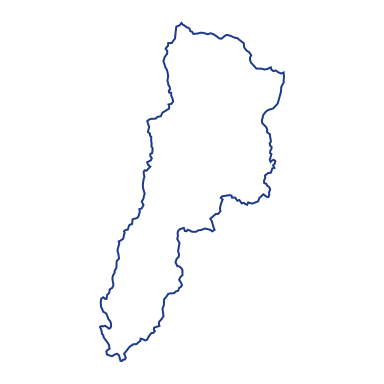 Candiota, Rio Grande do Sul, Brazil (Natural Earth projection)
{"feature_id": "56859067B24867666678469", "entity_name": "Candiota", "entity_type": "district", "adm_level": 2, "iso_a3": "BRA", "parent_name": "Brazil", "parent_adm1": "Rio Grande do Sul", "projection": "natural_earth1", "projection_center": [-53.764, -31.586], "detail": "fine", "context": "isolated", "style": "outline", "palette": "blue", "viewbox_px": 384, "rotation_deg": 0, "n_neighbors": 0, "source": "geoboundaries", "source_scale": "gbopen_adm2", "svg_char_len": 4299}
<svg xmlns="http://www.w3.org/2000/svg" viewBox="0 0 384 384"><path d="M107.0,354.5L110.1,355.7L112.2,356.1L114.6,354.6L117.0,353.7L119.1,355.4L119.9,358.7L120.5,360.8L122.0,361.0L123.0,359.6L124.9,359.5L125.8,357.8L124.1,353.7L127.6,349.5L128.6,347.9L130.4,346.2L133.3,344.3L136.5,344.1L138.2,342.5L140.4,340.8L140.6,338.7L142.2,338.9L145.1,340.4L147.0,339.8L148.3,337.3L149.7,335.2L151.3,333.1L153.1,333.0L154.9,331.2L153.9,329.9L154.1,327.7L157.5,326.5L159.4,326.0L158.9,323.5L159.2,321.7L161.7,319.0L163.5,316.1L162.5,308.7L163.9,305.1L164.1,299.2L166.4,296.7L168.2,293.9L170.0,293.4L174.1,293.2L175.8,291.5L178.2,290.7L179.3,287.8L180.7,287.1L182.0,285.1L181.3,283.2L179.1,279.7L180.6,276.8L182.5,275.1L182.4,272.2L182.5,270.5L181.7,268.6L180.3,267.2L178.8,266.3L177.4,266.2L175.5,262.3L176.5,259.1L178.6,256.9L179.1,254.3L178.1,251.4L178.9,246.2L179.5,243.1L177.2,238.8L178.0,235.8L177.6,233.4L177.9,231.4L179.7,229.2L181.3,228.7L183.8,227.9L184.9,231.0L186.5,231.2L187.7,229.8L189.8,230.5L191.9,231.7L193.6,231.8L195.8,231.8L198.3,230.4L201.2,230.0L205.0,228.5L207.1,229.0L210.1,229.8L212.4,231.4L214.6,229.7L213.8,228.1L211.8,221.1L210.3,218.7L215.9,213.9L218.0,214.0L220.4,211.3L220.0,208.4L220.3,206.5L221.2,203.0L222.7,199.5L220.8,197.9L221.9,196.4L225.3,195.8L229.6,195.1L231.5,195.7L232.1,197.7L235.0,197.5L237.4,200.8L239.3,200.0L241.7,203.4L243.6,202.8L245.2,203.9L247.2,204.8L248.2,202.4L251.1,203.4L252.7,203.5L258.2,201.3L259.3,198.1L263.4,194.3L266.5,196.7L268.4,197.1L269.3,194.9L269.0,192.6L270.2,189.3L269.1,187.0L267.2,185.7L266.4,183.9L264.2,183.1L264.0,180.7L265.2,178.0L265.0,175.5L268.0,173.1L271.0,172.6L272.3,168.4L274.4,167.9L273.1,165.3L274.7,163.7L275.3,161.0L273.6,159.8L271.9,160.6L270.6,161.9L269.8,159.8L271.4,154.1L270.1,153.1L270.2,150.9L271.5,148.7L271.5,146.7L270.2,145.8L269.6,143.6L270.9,141.7L270.6,139.1L270.1,137.0L269.8,134.2L267.1,132.3L267.1,129.3L266.2,127.1L265.0,125.9L262.3,123.2L261.9,120.4L263.4,114.8L265.8,111.7L268.0,110.1L273.2,108.4L277.7,103.6L280.9,92.0L281.3,86.8L283.8,82.2L283.6,80.3L284.0,77.1L283.6,72.5L281.2,73.5L278.4,72.4L275.8,70.5L273.3,71.1L271.4,69.6L270.8,67.3L267.3,69.0L264.5,69.5L261.7,68.7L256.4,68.6L251.1,62.7L249.9,59.8L250.1,57.4L251.2,55.2L249.2,52.3L246.8,50.7L245.0,48.7L244.0,46.7L243.8,43.3L238.9,39.5L237.5,38.2L234.1,37.5L230.7,35.9L227.2,34.9L225.7,35.3L221.4,38.7L219.2,38.4L217.3,36.8L213.8,34.4L210.5,33.2L207.7,34.3L203.5,32.9L200.9,32.7L197.2,33.6L193.4,33.9L192.1,31.8L190.3,31.1L189.4,28.5L188.0,27.6L186.5,27.2L184.6,25.6L182.9,24.7L181.4,23.0L179.8,25.2L176.3,26.7L175.9,29.7L175.0,38.5L171.7,43.0L168.2,43.1L168.1,45.6L165.6,48.6L167.3,51.1L167.1,53.8L164.6,57.1L164.1,59.1L163.4,60.9L165.5,67.6L166.9,69.8L167.5,72.2L168.2,76.2L167.4,80.8L168.1,82.7L168.3,84.8L169.7,86.9L170.0,89.7L168.8,90.6L169.2,92.6L171.1,92.8L171.3,95.9L172.6,98.9L173.2,101.3L171.5,103.8L168.5,104.5L169.2,106.6L169.1,108.6L167.5,109.6L162.5,112.6L160.8,116.2L157.4,116.9L155.8,118.6L151.2,118.9L149.0,119.6L147.3,121.0L147.8,123.1L149.2,127.0L147.9,131.9L150.0,133.6L149.9,135.6L151.2,136.7L151.2,140.9L151.6,143.1L151.5,146.6L152.7,148.3L152.2,153.0L150.4,153.8L150.2,155.9L151.8,158.2L150.8,160.4L147.2,162.2L147.9,164.6L150.3,166.6L146.5,170.7L144.6,170.3L143.6,172.0L143.8,173.8L144.4,176.8L143.6,179.4L143.1,182.7L142.8,186.0L143.4,189.6L144.7,193.6L144.1,195.3L143.5,198.4L141.8,201.7L143.5,205.1L141.6,208.5L139.4,209.1L139.8,212.2L139.0,214.2L138.6,216.0L137.3,217.9L135.3,218.5L132.5,219.4L132.1,224.0L130.4,224.5L129.1,225.4L127.8,229.6L125.5,230.0L124.0,231.3L124.7,233.0L124.0,234.9L123.2,238.7L120.7,240.5L118.7,241.4L119.3,243.4L117.5,249.8L117.8,252.0L118.4,253.9L119.0,258.6L116.7,261.1L116.4,267.9L114.6,270.9L114.6,272.8L113.1,275.2L112.4,278.0L112.8,281.6L113.4,283.9L113.2,285.9L112.1,288.0L109.8,289.3L109.1,293.1L107.2,294.8L106.5,298.9L105.0,298.8L103.4,297.3L101.3,298.6L100.7,302.3L101.1,307.0L102.0,308.6L103.2,311.7L106.1,313.4L107.6,316.7L108.4,319.1L110.0,320.9L111.0,323.4L111.1,326.0L110.6,327.7L109.0,328.7L107.0,327.0L105.1,325.8L103.3,326.4L101.5,326.0L100.0,326.9L101.0,329.5L101.8,331.7L101.8,333.7L103.2,335.0L103.6,337.2L105.0,339.2L106.1,340.8L107.6,342.6L108.9,344.9L109.3,346.9L109.6,348.8L108.1,349.6L106.3,351.3L107.0,354.5Z" fill="none" stroke="#1e3a8a" stroke-width="2"/></svg>